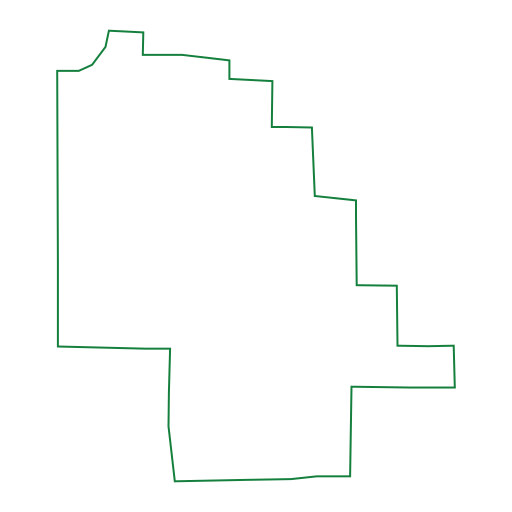 Monte Belo do Sul, Rio Grande do Sul, Brazil (Natural Earth projection)
{"feature_id": "56859067B3607200241980", "entity_name": "Monte Belo do Sul", "entity_type": "district", "adm_level": 2, "iso_a3": "BRA", "parent_name": "Brazil", "parent_adm1": "Rio Grande do Sul", "projection": "natural_earth1", "projection_center": [-51.645, -29.138], "detail": "fine", "context": "isolated", "style": "outline", "palette": "green", "viewbox_px": 512, "rotation_deg": 0, "n_neighbors": 0, "source": "geoboundaries", "source_scale": "gbopen_adm2", "svg_char_len": 588}
<svg xmlns="http://www.w3.org/2000/svg" viewBox="0 0 512 512"><path d="M108.9,30.7L105.5,46.9L92.1,64.8L78.7,70.9L57.2,70.9L57.9,264.0L57.9,346.5L146.7,348.7L170.1,348.7L168.9,392.4L168.5,426.3L174.8,481.3L245.0,479.9L291.0,479.1L317.1,476.3L350.1,476.3L351.5,386.7L407.9,387.5L428.7,387.5L454.8,387.5L453.7,345.7L428.1,346.2L397.5,345.7L396.8,285.7L356.7,285.2L356.0,217.2L356.0,200.4L314.8,196.0L311.9,127.5L286.3,127.0L271.8,127.0L272.4,81.1L229.4,78.9L229.4,60.4L182.3,54.9L168.5,54.9L156.7,54.9L142.8,54.9L143.3,32.4L108.9,30.7Z" fill="none" stroke="#15803d" stroke-width="2"/></svg>